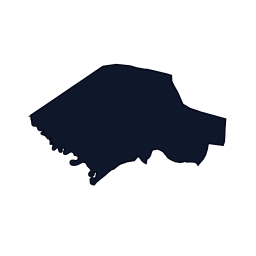 the district of Yalimo, Papua, Indonesia, rotated 207°
{"feature_id": "22746128B10188501962211", "entity_name": "Yalimo", "entity_type": "district", "adm_level": 2, "iso_a3": "IDN", "parent_name": "Indonesia", "parent_adm1": "Papua", "projection": "orthographic", "projection_center": [139.502, -3.785], "detail": "fine", "context": "isolated", "style": "filled", "palette": "ink", "viewbox_px": 256, "rotation_deg": 207, "n_neighbors": 0, "source": "geoboundaries", "source_scale": "gbopen_adm2", "svg_char_len": 3600}
<svg xmlns="http://www.w3.org/2000/svg" viewBox="0 0 256 256"><g transform="rotate(207 128 128)"><path d="M133.1,61.9L132.3,62.1L131.7,65.2L129.5,70.4L126.9,76.0L125.6,79.7L123.8,83.4L122.0,85.3L120.5,88.8L119.0,91.8L117.7,93.3L116.5,94.5L113.5,97.7L110.6,99.7L109.8,100.5L107.7,101.9L106.9,104.6L106.6,107.8L104.6,107.0L102.3,106.3L101.1,105.4L99.8,105.0L97.8,104.6L95.8,104.6L96.5,106.6L97.1,108.8L96.4,110.0L95.7,112.3L95.8,114.8L96.1,116.0L96.4,118.3L95.7,120.4L93.8,121.5L92.7,122.7L89.3,123.1L85.9,122.9L85.2,122.7L83.2,121.6L82.4,121.4L81.3,121.1L80.1,120.2L77.6,119.5L77.3,119.5L74.4,119.4L72.9,119.4L70.2,119.7L68.7,120.3L67.0,120.7L66.2,121.1L65.3,121.7L64.4,122.1L63.1,123.3L61.7,124.6L60.1,124.4L58.6,125.5L56.9,126.3L55.4,127.0L54.9,127.2L52.9,128.0L50.6,127.9L48.8,126.7L48.3,129.2L47.0,134.2L46.9,136.1L46.8,139.5L47.4,142.6L47.7,144.6L49.6,150.7L46.7,151.8L45.3,152.3L35.5,155.8L35.9,158.8L36.0,159.5L36.7,161.1L38.3,164.8L38.5,165.2L40.2,168.9L41.0,170.4L41.8,172.3L43.0,175.2L43.6,176.6L44.3,178.3L45.1,180.3L52.7,178.7L57.4,177.8L61.5,176.9L68.1,175.6L69.7,175.2L80.9,173.6L81.4,173.5L83.4,173.6L89.9,174.0L92.9,176.4L95.8,178.8L98.7,181.2L101.6,183.3L105.0,185.5L106.2,186.3L110.4,189.5L113.2,194.5L117.6,193.7L130.9,190.5L137.7,188.8L139.8,187.7L142.3,187.0L145.7,186.0L145.9,185.9L147.7,185.4L154.2,184.2L160.5,181.8L166.6,179.4L167.6,179.0L169.8,177.4L170.5,176.9L172.8,175.3L174.3,174.3L178.2,171.5L179.5,169.3L180.4,167.6L183.5,162.0L184.6,160.0L185.2,158.9L186.3,156.9L187.1,155.4L194.3,142.4L196.1,139.2L198.3,135.1L205.6,121.8L209.5,114.7L218.6,98.3L220.4,95.1L220.5,94.7L220.4,94.8L220.2,94.9L219.9,94.9L219.7,94.8L219.6,94.6L219.4,94.4L219.4,94.2L219.3,93.9L219.3,93.7L219.2,93.4L218.9,93.0L218.7,92.6L218.5,92.3L218.2,91.8L218.1,91.7L217.7,91.5L217.4,91.1L217.3,90.9L217.1,90.7L216.7,90.2L216.3,89.6L215.9,88.9L215.6,88.4L215.1,87.8L214.5,87.3L214.1,87.1L213.5,87.1L212.7,87.1L210.6,88.3L208.8,87.5L207.7,86.2L206.1,85.6L204.6,86.2L203.4,87.4L201.8,87.4L201.6,86.6L202.7,85.6L203.0,83.9L202.4,83.4L200.9,83.4L199.8,83.6L198.5,83.8L197.0,83.2L195.9,82.8L194.6,82.1L193.5,82.5L192.7,83.5L191.9,83.9L192.0,83.0L192.2,81.7L191.5,81.2L190.2,80.8L189.2,80.5L190.6,79.5L189.8,78.4L189.6,78.5L188.7,79.0L187.7,79.5L186.6,78.2L186.4,76.6L186.0,75.4L184.9,74.5L184.0,74.8L183.2,76.0L182.8,77.5L182.0,78.6L180.9,78.5L179.7,77.1L178.8,76.1L177.8,75.7L176.5,76.2L176.2,77.4L177.1,78.8L177.7,80.3L176.1,81.3L174.6,79.8L174.4,77.4L173.4,75.9L171.8,76.1L170.3,77.6L170.2,77.8L169.0,80.0L168.6,80.4L167.6,81.2L166.2,81.4L164.5,80.7L164.2,80.3L163.3,79.4L160.3,80.4L159.2,79.5L158.4,78.1L158.2,76.9L158.8,75.8L159.9,75.0L161.5,74.6L162.9,73.9L163.7,73.3L163.8,73.1L164.2,72.0L163.6,70.7L162.9,69.9L161.6,69.6L160.5,69.8L159.2,70.4L157.8,71.2L156.6,72.3L155.5,73.7L154.7,74.8L154.0,75.7L153.3,76.9L152.7,77.2L151.3,77.8L150.0,77.8L148.3,77.0L147.0,75.9L145.7,75.5L144.3,75.1L142.6,74.3L142.1,74.1L141.9,73.8L141.6,73.4L141.5,73.1L141.5,72.7L141.6,72.1L141.8,71.6L141.9,71.0L142.1,70.4L142.1,69.7L141.9,69.0L141.6,68.5L141.2,68.2L140.8,68.0L140.0,67.8L139.4,67.9L138.9,68.1L138.3,68.5L137.9,69.0L137.4,69.7L137.2,70.6L137.4,71.5L137.5,71.8L137.7,72.3L137.8,72.8L137.7,73.3L137.2,73.9L136.3,74.3L135.8,74.1L135.4,73.7L135.2,73.1L135.1,72.4L135.0,71.8L134.9,71.5L134.6,70.7L134.3,70.0L134.3,69.2L134.7,68.5L135.2,68.1L135.7,67.8L136.4,67.6L137.2,67.4L137.9,66.8L138.3,66.1L138.3,65.3L138.1,64.6L137.6,63.9L137.2,63.4L137.0,63.1L136.7,62.5L136.5,62.1L136.2,61.8L135.5,61.5L134.9,61.5L134.2,61.6L133.5,61.7L133.5,61.8L133.1,61.9Z" fill="#0f172a" stroke="#020617" stroke-width="1.5"/></g></svg>